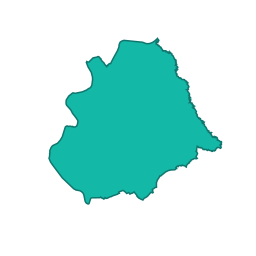 Prasat, Surin, Thailand (Equal Earth projection), rotated 138°
{"feature_id": "78962969B37601114893019", "entity_name": "Prasat", "entity_type": "district", "adm_level": 2, "iso_a3": "THA", "parent_name": "Thailand", "parent_adm1": "Surin", "projection": "equal_earth", "projection_center": [103.326, 14.629], "detail": "fine", "context": "isolated", "style": "filled", "palette": "teal", "viewbox_px": 256, "rotation_deg": 138, "n_neighbors": 0, "source": "geoboundaries", "source_scale": "gbopen_adm2", "svg_char_len": 5596}
<svg xmlns="http://www.w3.org/2000/svg" viewBox="0 0 256 256"><g transform="rotate(138 128 128)"><path d="M46.3,174.8L49.9,174.8L52.2,175.1L54.5,175.9L56.6,177.1L58.1,178.7L59.8,182.0L71.8,195.2L72.6,196.0L75.1,196.9L76.4,197.0L77.5,196.6L79.2,195.6L80.2,194.5L83.8,192.6L91.9,189.8L96.9,187.9L97.7,187.4L98.3,188.0L99.2,188.4L100.1,188.0L100.9,188.4L101.4,188.0L101.6,188.3L102.0,188.1L102.5,188.4L102.7,188.2L102.7,191.1L102.3,192.0L102.5,194.9L102.3,197.2L101.9,197.3L102.1,198.2L101.9,198.8L102.0,200.6L102.7,201.3L103.5,201.4L107.0,203.5L113.0,203.2L113.8,204.0L114.1,205.0L115.1,204.6L116.8,200.1L118.1,193.8L120.4,189.5L122.0,187.6L126.1,184.1L127.3,183.6L128.5,183.2L129.5,183.2L131.0,183.7L133.2,183.9L137.7,185.4L143.5,188.8L144.2,189.3L145.2,190.8L145.8,191.1L150.6,191.4L155.2,190.1L157.1,188.3L158.0,187.1L158.3,186.3L158.4,184.8L158.4,179.8L159.4,176.0L159.8,170.2L160.3,167.3L161.1,166.1L163.3,164.5L164.9,163.8L166.5,164.1L167.9,165.3L168.0,166.1L168.4,166.1L169.9,168.2L171.1,168.9L171.1,169.1L171.5,169.5L171.8,170.1L172.0,170.0L172.4,170.5L173.1,170.7L173.9,170.7L182.8,165.4L186.4,164.3L190.6,163.8L195.3,165.2L196.6,165.3L198.6,164.8L201.2,163.5L202.9,161.6L203.2,161.6L203.3,161.3L205.6,159.2L207.0,158.3L208.3,154.6L208.7,151.6L210.2,135.0L209.0,119.1L208.2,116.8L205.6,113.4L205.1,111.7L205.0,109.7L205.6,107.8L208.7,102.5L209.1,101.5L209.2,99.9L208.6,98.4L208.0,97.9L207.2,98.1L202.9,100.6L201.8,100.5L195.4,94.9L194.5,95.0L194.2,92.9L193.7,92.6L193.5,91.3L191.6,91.6L191.5,90.4L190.0,89.5L187.3,88.9L186.5,88.2L184.7,87.8L179.9,85.7L179.3,85.9L178.2,85.3L178.0,86.3L177.7,86.6L173.4,84.9L172.8,82.1L172.8,80.2L170.6,79.5L170.8,77.6L169.0,77.1L168.3,76.6L166.3,76.4L166.4,73.6L166.7,71.3L167.0,71.2L167.0,70.3L166.9,70.3L166.8,68.4L166.5,68.2L166.3,67.1L165.1,64.5L163.1,65.0L160.3,64.3L158.5,64.3L154.0,64.9L153.7,64.8L153.4,63.5L152.5,63.2L151.9,64.5L151.5,64.9L151.4,65.7L151.1,65.8L151.0,66.1L149.5,65.7L147.9,65.7L146.5,64.9L143.6,68.2L141.1,69.6L137.3,70.6L136.6,71.1L135.9,70.5L129.5,70.2L126.6,69.4L124.0,68.0L121.7,66.0L120.7,65.5L120.0,65.7L119.0,65.3L118.8,66.6L118.1,66.4L117.4,66.7L116.6,65.9L116.4,66.4L114.4,65.4L114.0,64.7L114.0,64.3L113.0,64.0L112.6,64.2L112.2,63.2L111.6,62.8L111.5,62.2L111.0,61.6L111.0,60.5L110.8,60.0L110.1,60.6L108.5,61.4L105.6,61.1L105.4,61.6L103.0,61.5L102.5,62.0L100.8,61.3L99.2,61.0L97.8,59.4L96.9,59.1L96.7,61.1L93.5,62.4L93.1,63.4L93.1,64.4L92.7,64.7L92.9,65.2L91.8,65.5L91.0,66.5L90.0,67.2L89.9,67.4L89.3,67.6L89.4,67.9L89.1,67.6L88.8,68.1L88.4,67.6L88.6,66.2L88.0,65.9L87.9,65.4L87.4,64.7L86.9,64.7L86.6,64.4L86.7,64.1L86.4,63.6L86.5,61.9L86.3,61.9L86.1,61.3L85.6,61.0L85.5,60.6L85.1,60.5L84.3,59.7L84.1,58.3L83.1,58.3L83.2,58.1L82.7,57.7L82.7,57.1L81.8,56.1L81.5,55.2L81.1,55.1L81.2,54.4L80.9,54.2L80.6,54.4L80.5,54.1L79.6,54.0L79.1,53.2L78.7,53.4L78.1,52.9L76.5,53.6L74.5,53.7L73.7,52.9L72.8,51.0L71.9,51.1L71.4,51.9L71.0,53.8L70.4,54.0L70.2,53.7L70.4,53.1L69.7,53.1L68.4,54.8L67.9,54.9L67.8,55.5L68.6,56.0L68.6,57.3L69.6,59.0L69.1,59.1L68.8,59.8L69.0,60.2L68.3,61.0L68.3,61.8L68.9,63.0L69.3,62.8L69.0,61.9L69.6,62.5L69.9,63.1L69.7,64.1L70.9,64.0L71.3,64.6L70.9,65.2L71.1,66.4L70.6,66.8L70.6,69.1L70.2,68.5L69.0,68.6L69.1,68.9L70.4,70.0L71.0,71.3L70.6,71.8L70.2,71.3L69.9,71.6L70.2,72.0L70.2,72.6L70.6,73.1L69.6,76.4L69.7,78.5L68.9,79.5L69.5,81.4L69.5,82.3L68.9,82.4L68.4,81.9L68.4,81.1L68.2,81.0L67.4,81.3L68.0,82.2L67.6,83.1L68.0,83.9L68.6,83.9L68.8,84.6L68.2,86.2L67.9,86.5L68.3,87.6L69.0,87.3L69.1,87.6L68.8,88.2L68.9,88.9L68.6,91.0L67.8,91.3L67.5,92.8L67.5,93.9L66.2,94.4L66.1,94.8L65.6,98.1L66.0,98.6L65.6,98.6L65.5,99.1L65.3,99.2L65.3,99.7L65.7,99.6L65.9,100.2L64.0,99.8L64.6,101.3L64.4,101.6L64.2,101.5L64.1,102.2L64.5,102.0L64.5,103.5L64.0,103.9L64.4,104.1L64.3,104.6L64.7,105.1L64.6,105.4L65.2,105.8L64.5,105.9L64.0,106.8L63.8,106.2L63.6,106.7L62.5,106.8L62.5,107.0L63.1,107.6L62.8,107.8L63.1,108.3L62.7,108.4L63.0,108.9L62.4,109.7L62.0,109.1L61.7,109.3L61.3,108.9L61.2,110.6L60.7,111.1L60.9,111.6L60.3,111.8L60.0,111.6L59.5,112.2L59.1,114.5L59.3,115.0L58.5,116.1L58.6,116.9L58.2,116.5L57.4,116.7L57.2,116.5L56.6,117.6L55.2,117.8L54.7,119.4L55.0,120.7L54.5,121.2L54.1,120.9L53.9,121.0L53.9,121.6L53.4,121.7L53.7,122.1L53.4,122.9L53.7,123.2L53.3,123.3L53.5,123.8L53.4,124.2L53.9,125.0L53.7,126.2L54.2,126.6L54.6,127.3L55.4,127.7L55.6,128.6L55.3,129.4L56.1,130.1L56.2,130.4L55.9,130.2L55.7,130.5L56.4,131.2L56.5,131.8L56.2,132.6L56.9,133.9L56.6,134.6L56.0,134.8L56.1,135.2L55.7,135.4L55.9,135.7L55.4,136.1L55.5,136.6L55.2,137.5L54.5,138.0L54.5,138.9L53.9,138.6L53.9,138.0L53.1,138.1L52.9,138.5L53.1,139.0L52.2,138.5L52.3,139.4L52.0,139.3L51.9,139.8L51.6,139.5L50.9,139.8L50.6,139.6L50.2,140.3L50.5,141.9L50.0,142.4L50.7,142.9L49.9,143.3L49.9,143.0L49.6,142.7L49.4,143.0L49.2,142.9L49.0,143.8L49.1,144.1L48.8,144.7L48.6,144.4L48.2,144.6L47.6,145.7L47.7,146.3L47.0,146.2L46.9,146.5L47.3,147.8L47.1,148.3L47.3,148.5L47.0,149.0L47.0,149.5L46.8,149.6L46.7,149.9L46.2,151.7L46.5,153.0L45.9,153.5L46.1,153.7L46.2,154.5L45.8,155.6L46.2,156.5L46.5,156.5L46.7,155.7L47.3,155.8L47.8,156.9L47.3,157.2L47.8,157.2L47.8,158.0L48.2,158.1L48.0,158.8L48.1,159.5L48.7,159.5L48.4,160.2L48.9,160.8L49.2,160.8L49.7,161.5L50.5,161.6L50.5,162.6L50.1,162.8L50.1,163.4L49.9,163.7L50.0,164.9L49.7,165.1L49.6,165.9L49.9,165.9L49.9,168.4L50.3,168.4L50.5,168.8L50.5,169.3L50.2,169.4L50.1,169.9L50.5,171.1L50.9,171.3L50.4,171.9L50.3,172.5L49.9,172.7L49.9,172.3L49.3,172.4L48.7,171.8L48.5,172.6L48.2,172.0L47.1,172.2L47.2,172.5L46.8,172.6L47.0,172.9L46.2,173.4L46.5,174.5L46.3,174.8Z" fill="#14b8a6" stroke="#0f766e" stroke-width="1.5"/></g></svg>